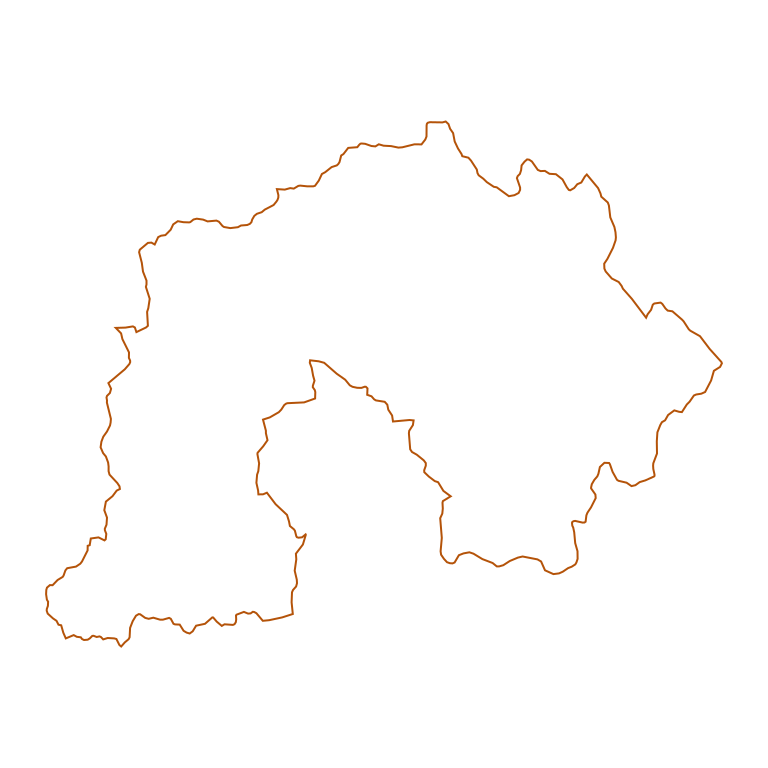 Bach Thong, Bắc Kạn, Vietnam
{"feature_id": "81297802B24696745321038", "entity_name": "Bach Thong", "entity_type": "district", "adm_level": 2, "iso_a3": "VNM", "parent_name": "Vietnam", "parent_adm1": "Bắc Kạn", "projection": "equal_earth", "projection_center": [105.833, 22.201], "detail": "fine", "context": "isolated", "style": "outline", "palette": "amber", "viewbox_px": 768, "rotation_deg": 0, "n_neighbors": 0, "source": "geoboundaries", "source_scale": "gbopen_adm2", "svg_char_len": 6086}
<svg xmlns="http://www.w3.org/2000/svg" viewBox="0 0 768 768"><path d="M177.8,221.2L173.2,224.4L170.7,229.7L165.4,235.1L161.1,235.7L158.2,237.1L154.7,244.5L151.4,242.6L147.9,242.9L139.8,249.7L139.1,252.2L141.8,262.8L143.0,271.6L146.5,280.6L146.5,284.4L145.9,286.9L149.7,298.8L148.3,308.2L147.1,311.9L147.9,325.8L146.0,327.5L136.4,332.1L134.9,327.5L132.9,326.4L125.5,327.6L115.8,327.9L121.1,333.4L122.4,339.1L129.0,352.4L128.9,357.9L130.1,360.5L130.2,362.1L129.4,364.0L124.8,369.3L108.4,383.1L111.1,388.8L109.9,393.0L107.0,395.9L106.5,397.5L107.0,400.4L106.9,402.6L110.9,418.9L110.6,422.6L110.0,425.5L107.0,431.5L103.3,436.7L101.4,441.7L100.6,447.3L103.1,453.1L105.9,456.5L108.1,462.5L108.6,466.4L108.6,471.2L109.5,474.6L117.3,483.0L119.5,486.3L119.9,489.0L116.7,490.6L112.5,496.2L105.9,501.6L104.3,510.2L107.0,517.6L106.5,524.7L104.8,528.8L104.9,530.3L106.3,533.9L105.7,539.3L104.5,540.4L98.5,537.4L90.8,538.5L89.7,545.2L87.7,545.8L87.6,550.4L82.0,561.5L80.3,563.7L76.0,566.6L67.2,568.2L65.4,570.4L63.6,575.5L62.7,576.9L57.6,580.0L52.6,585.2L49.9,585.1L47.0,587.6L46.3,589.9L46.1,594.2L46.9,599.7L48.1,601.7L47.9,605.9L46.8,609.0L46.7,610.7L47.7,613.6L53.0,618.4L56.5,620.8L58.5,624.7L61.2,625.3L63.3,632.7L65.8,638.4L73.7,635.1L76.8,636.8L80.8,637.3L82.0,639.0L84.0,640.0L87.7,639.7L89.8,638.4L92.3,635.9L93.6,635.8L96.7,637.0L99.5,636.4L100.9,637.0L103.2,639.4L107.7,638.0L114.2,638.4L116.4,639.0L119.4,645.0L121.2,646.5L124.8,642.4L128.6,639.2L129.6,637.3L130.1,627.9L132.7,621.2L136.0,615.7L138.7,614.1L140.2,614.3L145.2,617.9L148.7,618.8L153.3,617.7L160.2,619.7L162.8,619.7L169.1,617.9L170.8,618.8L173.5,623.8L175.0,624.4L179.7,624.6L183.6,630.8L186.6,632.6L189.7,633.5L192.7,631.3L196.1,625.7L205.0,623.8L212.3,617.4L213.2,617.5L216.7,621.6L221.8,625.9L224.5,624.3L232.9,624.9L234.5,624.2L235.8,622.2L236.2,619.5L236.0,615.5L236.5,614.7L243.9,611.9L248.1,613.6L250.6,613.4L252.8,611.8L254.2,612.0L256.4,613.2L262.8,620.8L269.1,620.2L282.2,617.4L292.8,614.0L291.6,602.3L292.0,592.3L293.0,590.0L296.1,586.5L297.0,583.2L296.8,579.7L294.7,570.7L296.3,559.3L295.9,553.7L302.9,544.5L305.8,534.8L305.6,534.4L302.1,537.3L298.5,537.7L296.9,537.2L296.3,536.2L294.9,530.7L293.9,529.3L289.9,526.0L289.0,521.4L287.0,514.9L275.6,504.2L266.9,492.7L263.1,494.3L258.4,494.4L258.1,490.5L256.4,482.8L257.1,474.6L258.3,471.2L259.1,463.4L257.4,454.0L257.6,452.8L263.2,446.3L267.5,440.2L265.9,433.2L265.9,430.7L263.0,419.6L269.8,417.4L278.8,412.2L281.3,409.6L284.2,405.1L286.0,403.7L287.3,403.2L304.1,402.4L315.1,398.5L315.3,392.1L314.8,390.1L312.8,387.2L312.9,385.6L314.5,380.7L313.1,375.7L311.7,367.9L309.8,362.8L310.1,360.3L318.7,361.3L324.2,362.8L336.7,373.7L345.2,379.7L349.8,385.3L352.5,386.8L357.2,387.8L361.4,387.9L364.8,386.7L365.9,386.8L367.5,388.4L367.2,394.8L371.5,396.3L374.1,399.3L375.9,400.4L384.7,401.8L387.3,404.7L388.3,409.7L392.1,415.5L393.0,421.5L409.5,420.0L413.6,420.4L412.9,425.1L409.2,430.8L408.9,433.3L410.2,449.3L412.0,452.0L416.8,454.7L423.8,460.4L425.8,463.1L425.8,465.7L424.2,470.2L424.3,472.2L428.9,476.6L434.8,481.1L438.1,482.2L443.4,490.9L450.7,496.3L442.9,501.1L442.5,502.7L442.8,508.6L442.3,513.6L440.2,518.2L441.8,537.9L440.6,551.3L441.1,554.7L443.9,558.8L447.0,562.2L449.9,563.2L452.5,563.4L454.6,562.5L458.9,555.2L463.5,553.4L469.4,552.3L473.5,553.7L482.4,559.1L492.6,563.0L496.8,566.4L499.1,566.4L503.3,565.2L509.8,561.0L517.9,557.6L522.6,556.5L537.5,559.4L541.1,561.5L545.0,570.3L553.4,574.1L559.0,573.4L562.8,571.7L568.1,568.1L571.7,566.7L575.3,564.4L576.4,562.5L577.6,558.9L577.5,551.2L575.2,543.1L574.2,532.2L573.2,527.5L572.3,525.7L572.0,522.9L572.3,522.0L573.5,521.2L575.1,520.9L582.6,522.6L584.5,522.5L585.6,521.7L586.4,515.3L587.5,512.6L591.0,507.4L595.7,498.1L595.4,494.5L591.1,488.4L591.1,487.4L591.8,484.2L594.3,479.9L597.3,476.4L598.4,473.8L599.9,467.0L604.4,462.8L609.1,463.0L609.9,464.2L612.6,471.9L617.0,479.8L618.5,480.8L626.6,482.7L631.5,486.1L635.4,485.2L639.7,482.1L645.3,480.4L654.0,476.5L654.5,475.9L654.5,474.5L653.3,469.0L653.1,465.7L653.3,463.3L657.0,453.5L656.8,441.4L657.4,432.3L660.3,425.0L661.9,422.2L665.1,420.3L668.1,415.0L674.3,410.4L679.1,411.8L681.9,412.1L686.8,404.5L689.6,401.7L693.9,395.5L696.2,394.5L701.3,393.7L705.1,392.0L711.1,380.5L713.9,370.8L720.1,366.9L721.9,363.3L721.4,362.0L709.7,349.0L700.0,336.2L690.3,330.7L688.8,329.3L683.6,321.3L682.0,319.6L672.4,311.3L667.7,310.6L665.5,308.5L662.3,303.9L660.6,302.6L654.3,303.5L652.8,304.7L651.1,309.8L647.6,314.3L646.1,317.7L631.9,298.9L622.9,288.7L621.6,285.9L618.7,282.0L611.8,278.5L605.7,271.5L604.4,268.6L604.2,263.7L607.4,258.9L613.0,247.8L615.6,240.3L615.9,237.4L615.5,232.3L614.4,227.0L610.3,217.4L608.9,205.5L607.8,202.5L601.3,196.7L600.5,193.5L598.1,188.1L586.8,174.5L584.9,176.5L581.3,182.5L577.3,184.2L574.2,188.0L570.2,190.3L568.8,189.9L566.8,187.2L562.5,179.4L555.9,174.2L549.5,173.8L544.9,170.9L540.6,171.1L537.8,169.9L531.9,161.5L529.2,159.7L527.1,159.4L524.5,161.7L521.6,165.4L521.1,170.2L519.9,173.9L517.7,176.1L516.9,178.1L520.1,187.5L520.1,189.9L518.6,193.0L514.4,195.2L508.9,196.2L496.7,187.3L493.8,186.8L486.8,182.1L483.3,178.7L478.7,175.3L477.5,173.1L476.8,169.5L471.0,160.6L468.4,157.7L462.3,156.2L461.5,154.0L458.0,148.5L454.7,141.5L453.1,133.1L450.1,128.8L448.5,124.1L445.7,121.5L442.5,122.4L429.8,122.2L427.7,122.8L426.9,123.8L426.6,125.4L426.5,136.5L425.3,139.5L421.5,144.4L414.5,144.3L402.3,147.3L398.4,147.6L391.1,146.1L383.6,145.7L378.8,144.3L375.4,146.4L371.4,146.0L365.1,143.8L361.6,143.5L360.4,143.7L359.2,144.8L357.3,147.2L348.2,147.9L343.4,154.1L341.2,155.5L339.5,162.1L338.3,164.0L336.8,165.4L331.6,167.1L325.2,172.2L321.9,174.0L318.8,180.6L315.0,185.8L313.4,186.3L306.9,186.3L300.2,185.6L298.3,185.9L293.8,188.6L290.2,188.1L284.8,189.6L276.9,189.1L278.4,195.2L278.3,197.6L277.5,199.9L276.4,201.6L273.6,205.0L264.8,209.6L261.7,212.2L256.9,213.8L254.3,215.9L252.2,219.5L251.4,222.2L249.8,223.9L247.2,225.0L241.0,225.5L237.9,227.2L230.3,228.1L224.0,227.0L222.5,226.0L218.9,221.7L216.4,220.6L207.6,221.4L203.1,219.6L196.8,218.7L193.5,219.5L190.3,222.1L189.2,222.4L183.4,222.2L177.8,221.2Z" fill="none" stroke="#b45309" stroke-width="2"/></svg>